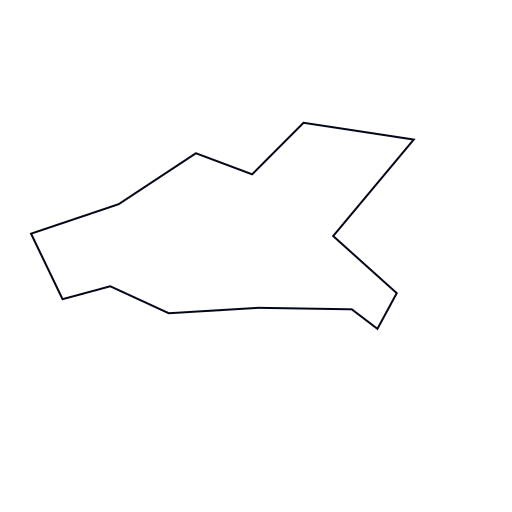 map outline of Beau Vallon (Natural Earth projection), rotated 244°
{"feature_id": "SYC-5205", "entity_name": "Beau Vallon", "entity_type": "state/province", "adm_level": 1, "iso_a3": "SYC", "parent_name": "Seychelles", "parent_adm1": "", "projection": "natural_earth1", "projection_center": [55.429, -4.605], "detail": "fine", "context": "isolated", "style": "outline", "palette": "ink", "viewbox_px": 512, "rotation_deg": 244, "n_neighbors": 0, "source": "natural_earth", "source_scale": "10m", "svg_char_len": 344}
<svg xmlns="http://www.w3.org/2000/svg" viewBox="0 0 512 512"><g transform="rotate(244 256 256)"><path d="M137.3,333.2L166.1,318.7L208.3,235.6L242.8,152.5L292.7,111.7L302.0,63.2L374.7,63.6L362.8,155.3L374.7,247.0L331.1,288.3L354.9,357.1L291.5,448.8L240.1,334.1L160.9,366.2L137.3,333.2Z" fill="none" stroke="#020617" stroke-width="2"/></g></svg>